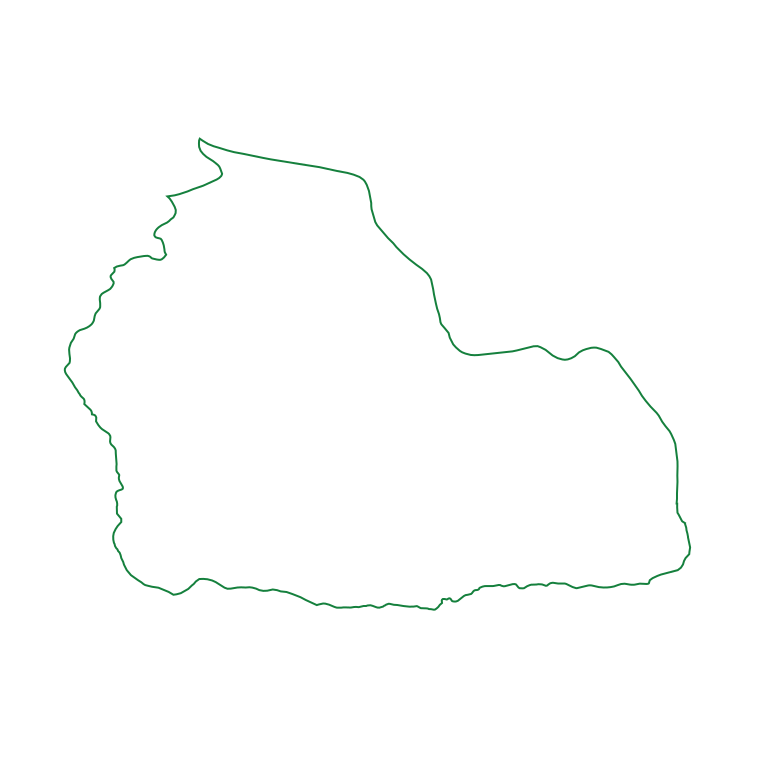 the district of Buenavista, Quindío, Colombia, rotated 95°
{"feature_id": "7082276B42477107224042", "entity_name": "Buenavista", "entity_type": "district", "adm_level": 2, "iso_a3": "COL", "parent_name": "Colombia", "parent_adm1": "Quindío", "projection": "equal_earth", "projection_center": [-75.74, 4.37], "detail": "fine", "context": "isolated", "style": "outline", "palette": "green", "viewbox_px": 768, "rotation_deg": 95, "n_neighbors": 0, "source": "geoboundaries", "source_scale": "gbopen_adm2", "svg_char_len": 6129}
<svg xmlns="http://www.w3.org/2000/svg" viewBox="0 0 768 768"><g transform="rotate(95 384 384)"><path d="M526.9,65.1L524.7,65.1L520.1,64.8L510.2,67.8L509.8,67.8L506.6,68.7L503.3,69.9L500.8,70.4L496.9,72.0L496.4,71.9L494.9,74.8L494.4,75.3L488.4,79.1L486.7,80.4L481.4,81.2L477.6,81.5L477.6,82.1L473.0,82.1L467.2,82.6L456.0,83.1L449.7,83.8L440.4,84.4L435.5,84.9L418.3,88.6L414.4,90.4L408.9,93.5L406.1,95.4L401.4,100.0L397.3,103.6L391.6,107.5L389.0,109.9L383.3,116.5L378.0,121.8L373.3,126.0L368.5,129.5L357.6,138.7L346.0,149.4L341.7,152.5L337.0,157.3L334.6,159.9L332.4,163.1L330.2,171.0L329.3,175.6L329.4,177.9L329.9,180.8L331.6,185.6L333.1,188.9L335.5,192.5L339.7,196.3L342.0,199.7L343.5,203.1L344.1,205.9L344.0,208.5L343.1,213.3L340.9,218.5L335.9,226.0L333.7,231.3L332.9,234.3L333.4,238.3L339.0,254.6L340.3,258.9L346.9,292.5L347.4,296.3L347.5,300.1L346.6,305.5L345.6,308.9L344.4,311.3L341.3,315.5L338.5,318.5L332.1,322.5L327.5,324.1L323.0,328.5L319.5,332.1L317.6,333.1L313.4,334.1L309.6,335.3L304.4,337.6L299.3,339.3L290.4,342.0L285.2,343.3L275.8,346.2L272.7,348.2L269.8,350.9L266.0,356.1L262.4,362.2L257.8,369.3L253.0,375.9L246.6,383.5L242.9,387.1L238.3,392.7L226.6,404.6L223.4,406.8L211.0,411.6L207.9,412.2L204.8,412.5L193.0,415.8L187.2,418.5L183.9,420.7L182.3,422.3L179.9,426.4L178.1,432.5L176.9,438.9L175.9,449.2L173.6,467.2L172.2,487.6L170.1,516.3L169.3,524.2L167.0,544.0L166.1,553.5L164.9,560.6L163.2,568.4L162.0,574.4L160.2,580.3L157.4,585.9L155.7,588.9L157.5,589.4L160.7,589.3L164.0,588.8L167.7,587.0L170.5,584.3L173.2,580.7L176.9,573.6L180.2,568.7L181.7,567.1L183.7,565.9L188.7,563.6L189.7,563.8L191.0,564.3L193.1,566.1L194.9,568.5L202.2,581.4L206.6,591.3L209.3,596.5L212.7,604.4L214.3,609.0L216.0,616.1L217.8,613.8L220.9,611.2L225.7,608.0L228.8,606.6L231.9,606.5L233.9,607.2L236.4,608.3L238.6,610.8L240.4,612.3L242.1,614.2L245.1,619.2L247.6,622.2L249.2,623.6L250.7,624.6L252.7,625.5L254.4,625.8L255.8,625.8L256.7,625.3L257.7,624.3L258.2,622.5L258.5,620.3L258.8,619.1L259.9,618.0L262.4,616.6L265.1,615.5L268.9,614.5L270.6,614.2L271.9,613.8L274.2,612.3L277.1,614.2L279.0,616.1L279.7,617.4L279.9,618.7L279.8,621.2L279.1,625.9L278.7,626.7L277.7,627.9L277.2,629.1L276.9,630.6L277.1,632.2L277.5,634.5L279.1,640.8L280.1,643.9L281.8,647.3L283.2,648.8L285.7,651.0L287.6,652.9L288.4,654.3L289.2,657.4L290.3,660.5L292.0,662.9L293.1,662.4L294.3,662.3L295.6,662.4L299.1,665.2L300.1,665.7L301.2,665.7L303.0,664.8L305.8,662.3L307.4,662.1L309.2,662.7L310.6,663.3L313.1,665.0L314.5,666.8L317.5,671.3L318.9,673.0L320.4,673.9L321.6,674.5L322.9,674.6L324.8,674.5L328.1,673.8L331.2,673.5L332.5,673.5L333.9,674.0L335.4,675.0L338.8,677.4L341.4,678.1L346.2,678.6L348.2,679.4L350.0,680.5L352.0,682.5L353.7,684.8L355.0,687.2L356.9,691.8L358.5,693.9L359.9,695.2L361.2,696.0L365.9,697.1L370.3,699.5L375.1,700.6L377.2,700.7L381.5,700.0L385.9,699.0L388.7,698.9L390.4,699.1L394.7,702.4L396.5,703.2L398.0,703.2L400.0,702.6L401.9,701.4L409.7,694.6L414.2,691.5L417.0,689.0L419.4,687.4L420.7,686.2L421.9,685.5L423.1,684.2L424.9,681.8L426.3,681.0L428.1,680.7L430.1,680.8L435.2,674.2L436.4,673.2L437.8,672.6L439.7,672.3L439.9,670.5L440.5,669.0L441.5,668.2L442.6,667.7L446.3,667.6L449.8,665.0L452.1,662.8L453.5,661.0L457.1,654.4L457.8,653.5L459.6,652.2L460.9,651.9L465.0,651.9L466.5,651.5L468.0,650.5L470.2,647.7L471.8,646.3L473.5,645.5L476.8,645.1L487.1,643.4L489.7,643.4L493.7,643.0L494.9,642.3L497.1,640.2L497.8,639.8L500.5,640.0L501.8,639.8L503.8,639.0L508.9,635.4L510.3,635.0L511.2,635.2L512.0,636.2L512.9,638.4L513.7,639.9L514.6,641.0L515.8,641.5L518.2,641.9L520.4,641.6L522.6,640.8L524.4,639.9L526.3,639.4L528.2,639.2L529.5,639.5L536.4,638.7L541.2,634.0L544.4,633.7L548.6,636.9L551.9,638.7L555.9,640.2L559.2,640.5L562.7,640.1L565.7,639.2L566.8,638.5L568.9,637.8L570.9,636.4L571.9,635.2L573.6,634.3L575.0,632.7L577.4,631.5L580.4,630.5L584.0,628.3L586.6,627.3L588.7,626.0L591.9,624.0L596.5,619.4L600.9,611.9L602.7,608.4L604.3,606.1L605.1,604.4L605.5,602.1L606.2,597.5L606.6,590.9L609.9,580.4L612.3,575.4L611.6,572.4L610.1,568.2L605.2,561.1L601.5,557.9L599.8,556.1L597.1,554.2L594.4,551.0L593.9,547.1L593.9,542.9L594.7,538.1L596.0,534.4L600.8,525.1L601.6,522.1L601.2,518.8L599.5,512.2L599.0,508.5L598.8,504.0L598.2,500.3L598.3,497.5L599.0,493.6L600.2,490.2L600.6,486.2L600.1,482.3L598.4,476.9L598.7,472.5L599.6,468.8L599.7,463.0L601.2,457.0L603.7,448.5L606.0,443.1L610.1,431.7L609.3,429.7L608.0,425.6L607.9,423.5L608.6,419.5L610.4,413.9L610.9,411.7L610.8,409.7L610.6,407.4L610.1,405.0L609.9,402.9L609.6,397.6L608.8,394.5L608.5,392.4L608.5,389.7L606.9,384.9L606.7,382.4L606.1,381.2L605.8,379.5L605.6,378.2L606.0,376.0L607.0,372.4L607.3,370.9L607.2,369.1L605.8,365.5L604.8,364.4L604.4,363.5L603.5,362.5L603.1,361.4L602.6,360.5L602.5,359.1L603.1,354.9L603.0,351.5L603.5,345.1L603.6,339.4L603.2,335.3L602.4,331.9L602.7,331.0L603.7,328.8L604.1,327.8L603.8,321.6L604.0,320.3L604.3,319.6L604.2,317.6L604.5,314.7L604.3,313.6L603.1,312.1L601.4,310.5L599.1,309.1L597.1,307.1L594.7,307.6L593.9,307.4L593.1,306.7L592.9,305.0L593.2,302.6L592.9,302.1L592.2,301.2L591.8,300.3L592.0,299.3L592.7,298.5L594.1,297.5L594.5,296.5L594.6,294.9L594.4,293.4L593.6,291.6L588.2,285.9L587.2,284.3L586.7,282.3L585.6,279.0L584.8,278.2L582.7,276.9L581.9,276.1L581.4,275.1L581.1,273.2L580.6,272.1L580.0,271.5L579.2,271.3L578.5,270.6L577.3,268.3L576.6,266.2L576.4,264.7L575.9,258.8L575.7,257.3L574.2,252.1L574.2,250.5L574.7,249.6L575.1,247.3L574.9,246.0L572.2,238.5L571.9,236.6L572.0,235.7L572.2,235.0L575.0,232.3L575.6,231.2L575.5,228.1L575.2,226.7L572.9,223.7L571.6,221.2L571.1,219.8L570.5,214.8L570.0,212.8L569.9,210.6L569.9,209.0L570.9,205.2L570.7,204.3L570.4,203.7L569.5,202.9L568.0,201.0L567.4,199.1L567.3,198.0L567.6,193.1L567.0,186.6L567.3,185.0L569.8,178.5L570.6,175.0L570.6,174.1L566.9,163.0L566.6,161.4L566.6,159.5L567.6,152.2L567.6,147.5L567.2,143.8L566.6,140.6L565.6,137.1L564.0,133.7L562.6,130.4L562.0,127.0L562.1,125.0L562.4,121.5L562.4,119.6L562.1,117.0L560.6,111.8L560.3,104.7L559.9,103.3L559.5,102.8L556.3,102.1L554.0,99.5L551.4,95.0L549.7,91.5L543.8,75.1L541.1,72.2L537.7,70.4L534.2,69.7L531.1,68.4L526.9,65.1Z" fill="none" stroke="#15803d" stroke-width="2"/></g></svg>